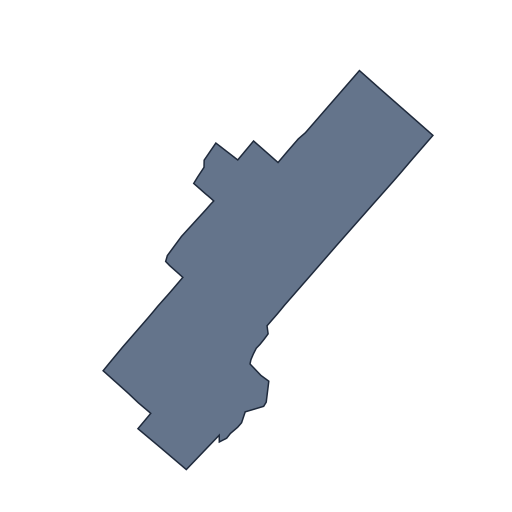 Carlos Barbosa, Rio Grande do Sul, Brazil (Mercator projection), rotated 311°
{"feature_id": "56859067B11809989426200", "entity_name": "Carlos Barbosa", "entity_type": "district", "adm_level": 2, "iso_a3": "BRA", "parent_name": "Brazil", "parent_adm1": "Rio Grande do Sul", "projection": "mercator", "projection_center": [-51.517, -29.318], "detail": "fine", "context": "isolated", "style": "filled", "palette": "slate", "viewbox_px": 512, "rotation_deg": 311, "n_neighbors": 0, "source": "geoboundaries", "source_scale": "gbopen_adm2", "svg_char_len": 1059}
<svg xmlns="http://www.w3.org/2000/svg" viewBox="0 0 512 512"><g transform="rotate(311 256 256)"><path d="M463.3,280.2L463.5,238.3L463.8,212.4L425.5,212.4L416.9,212.4L381.4,212.4L372.3,211.1L355.8,211.1L341.0,211.3L341.2,178.7L316.5,179.2L314.9,151.6L294.3,154.0L288.8,158.6L277.5,160.1L269.9,161.4L269.8,176.9L269.9,183.0L269.8,188.0L265.7,187.8L258.1,187.8L246.6,187.5L234.6,187.2L221.9,186.9L198.2,188.8L192.6,191.4L192.1,197.1L191.9,214.8L172.4,215.0L153.7,214.8L146.2,215.0L137.5,215.1L124.9,215.1L110.4,215.1L99.7,215.1L78.7,215.6L69.1,215.9L68.6,249.5L68.0,263.6L68.2,279.8L48.2,280.2L48.7,308.1L49.1,343.5L96.6,345.8L91.6,350.3L99.3,353.4L105.3,353.1L114.7,354.5L120.7,354.5L131.3,350.1L147.6,360.4L152.4,359.6L169.9,347.8L169.1,338.1L170.6,322.3L174.4,320.2L180.2,318.3L186.6,316.7L191.9,317.0L199.1,316.7L205.2,316.2L210.6,310.1L217.9,310.1L226.8,310.1L237.9,309.8L276.3,309.9L282.6,309.9L316.6,309.9L344.8,310.1L371.6,310.3L402.2,310.6L413.3,310.6L433.1,310.4L463.1,310.4L463.3,280.2Z" fill="#64748b" stroke="#1e293b" stroke-width="1.5"/></g></svg>